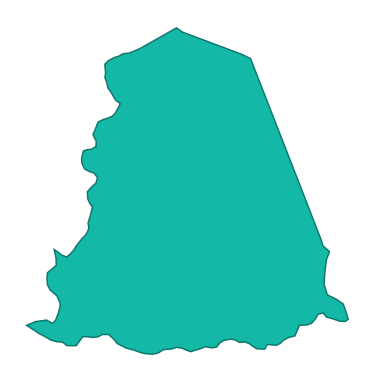 the district of Turvânia, Goiás, Brazil, rotated 272°
{"feature_id": "56859067B2101110431814", "entity_name": "Turvânia", "entity_type": "district", "adm_level": 2, "iso_a3": "BRA", "parent_name": "Brazil", "parent_adm1": "Goiás", "projection": "albers", "projection_center": [-50.164, -16.578], "detail": "fine", "context": "isolated", "style": "filled", "palette": "teal", "viewbox_px": 384, "rotation_deg": 272, "n_neighbors": 0, "source": "geoboundaries", "source_scale": "gbopen_adm2", "svg_char_len": 1864}
<svg xmlns="http://www.w3.org/2000/svg" viewBox="0 0 384 384"><g transform="rotate(272 192 192)"><path d="M129.6,56.3L121.5,58.4L113.9,58.9L106.2,50.3L100.4,50.1L93.8,50.9L89.2,53.6L83.3,60.8L76.9,63.8L72.8,64.2L66.2,62.6L59.2,60.2L55.8,57.1L58.9,51.2L57.0,40.0L52.9,31.4L44.8,44.9L42.4,50.1L39.1,56.1L37.6,62.4L37.5,67.7L34.2,72.3L34.1,77.6L34.5,81.8L43.4,87.6L43.8,93.1L43.1,97.3L44.0,103.1L46.4,107.2L46.7,113.6L42.1,119.1L38.0,122.5L33.6,131.9L32.1,139.0L29.7,146.5L28.8,151.5L28.5,158.4L29.9,163.8L33.4,168.9L34.0,172.9L34.3,176.7L36.2,181.8L35.6,187.4L33.8,191.8L32.4,196.4L34.2,201.2L35.2,204.8L37.9,210.6L36.9,216.8L37.8,222.0L42.0,224.9L44.8,228.9L46.4,235.9L45.7,240.2L43.3,244.8L44.0,250.0L42.7,254.1L37.7,261.8L37.5,265.6L37.5,270.2L42.3,272.6L41.9,278.0L41.9,282.1L43.7,285.3L46.8,288.3L49.8,293.2L51.8,299.8L57.8,302.2L62.5,304.0L63.2,311.5L64.9,316.0L69.4,319.7L74.4,322.4L75.6,327.3L71.6,331.0L70.7,335.3L69.5,339.3L68.0,344.4L68.0,349.8L70.3,352.6L77.9,350.0L85.4,347.0L89.9,339.9L93.9,330.9L104.3,327.2L117.0,327.6L128.3,328.6L137.3,331.4L142.7,324.8L148.5,322.8L196.8,302.1L327.4,245.8L331.4,236.6L351.4,177.0L355.5,170.8L333.4,134.8L328.6,124.1L327.8,118.3L325.5,114.8L323.6,109.6L320.3,103.8L316.8,100.5L313.1,100.8L308.5,101.5L303.3,101.0L298.3,103.1L292.9,104.4L289.9,107.0L285.9,109.4L281.0,112.6L277.7,117.3L272.6,114.9L267.7,112.2L264.9,109.6L263.0,105.5L261.0,100.1L258.5,95.6L251.7,93.3L246.3,91.1L243.0,92.4L239.8,94.5L234.0,94.4L231.1,89.8L230.7,86.0L229.3,82.0L225.0,81.2L221.2,80.5L217.1,80.9L211.3,83.8L209.0,88.4L207.6,93.3L203.1,97.1L197.6,95.7L193.2,91.2L188.5,87.4L181.6,88.0L176.5,90.6L173.6,93.0L168.8,92.1L163.2,90.8L157.3,89.2L152.2,90.2L148.7,89.0L144.8,86.8L141.6,83.7L138.4,81.4L134.2,78.3L129.6,75.7L125.3,72.1L122.8,69.1L124.0,64.8L126.7,61.0L129.6,56.3Z" fill="#14b8a6" stroke="#0f766e" stroke-width="1.5"/></g></svg>